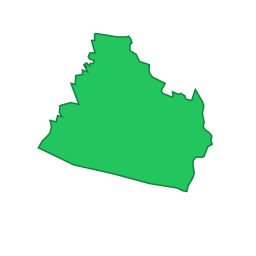 SVG path tracing the border of West Flanders, rotated 220°
{"feature_id": "BEL-3479", "entity_name": "West Flanders", "entity_type": "Province", "adm_level": 1, "iso_a3": "BEL", "parent_name": "Belgium", "parent_adm1": "", "projection": "robinson", "projection_center": [3.055, 51.038], "detail": "fine", "context": "isolated", "style": "filled", "palette": "green", "viewbox_px": 256, "rotation_deg": 220, "n_neighbors": 0, "source": "natural_earth", "source_scale": "10m", "svg_char_len": 1402}
<svg xmlns="http://www.w3.org/2000/svg" viewBox="0 0 256 256"><g transform="rotate(220 128 128)"><path d="M64.0,176.6L62.6,176.6L60.1,176.2L58.8,175.7L57.9,174.5L56.5,171.8L55.7,171.1L53.6,170.2L53.1,169.5L53.3,168.5L54.6,166.1L54.8,164.7L51.4,155.2L52.4,153.2L56.4,150.1L57.4,148.8L56.9,144.5L54.2,141.3L48.1,135.9L46.4,131.7L44.7,122.2L42.1,117.2L45.6,115.2L52.1,113.5L75.4,99.5L111.0,82.9L145.5,65.0L183.9,55.2L185.4,63.5L184.7,68.8L184.6,73.8L187.1,79.3L191.2,82.9L192.5,83.3L192.7,83.8L187.0,86.6L189.9,92.2L185.8,94.5L190.5,95.7L194.5,101.4L188.3,110.6L180.8,114.5L200.3,125.5L196.6,127.6L201.7,134.6L197.2,139.9L200.2,143.1L194.9,145.0L203.1,148.3L199.7,148.2L202.3,150.3L201.1,151.3L197.0,150.8L198.4,153.3L196.1,155.1L197.5,158.0L201.5,156.1L204.2,157.0L205.5,161.0L201.5,164.3L212.2,171.6L209.9,173.8L213.9,178.2L213.5,179.7L202.8,186.1L195.1,190.6L187.3,197.1L186.6,198.8L184.9,198.3L183.9,198.3L179.7,195.8L179.9,192.8L176.3,188.7L168.9,189.6L161.9,186.3L154.2,189.5L152.1,190.1L149.2,186.0L146.3,183.8L141.9,182.7L128.2,186.1L128.0,185.4L126.6,178.2L123.9,176.8L113.9,180.0L113.7,181.0L117.2,184.3L110.8,186.4L110.0,188.4L105.1,189.2L102.7,187.4L101.5,187.7L96.9,189.9L100.4,198.8L101.2,200.8L87.4,195.8L84.2,193.7L83.3,192.4L81.0,188.0L80.0,186.6L73.7,181.7L72.5,180.1L72.0,178.6L71.1,177.4L68.9,176.4L67.2,176.3L64.0,176.6Z" fill="#22c55e" stroke="#15803d" stroke-width="1.5"/></g></svg>